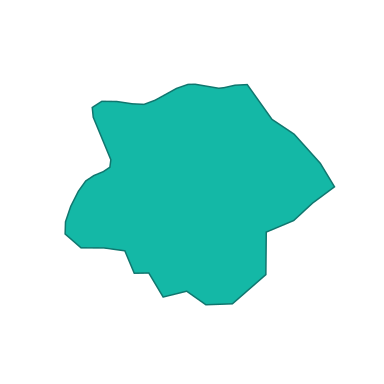 the border of Zombo, rotated 67°
{"feature_id": "UGA-5589", "entity_name": "Zombo", "entity_type": "District", "adm_level": 1, "iso_a3": "UGA", "parent_name": "Uganda", "parent_adm1": "", "projection": "albers", "projection_center": [30.853, 2.535], "detail": "fine", "context": "isolated", "style": "filled", "palette": "teal", "viewbox_px": 384, "rotation_deg": 67, "n_neighbors": 0, "source": "natural_earth", "source_scale": "10m", "svg_char_len": 658}
<svg xmlns="http://www.w3.org/2000/svg" viewBox="0 0 384 384"><g transform="rotate(67 192 192)"><path d="M181.1,325.2L170.0,320.1L157.8,309.2L146.9,296.3L140.3,285.5L138.5,275.9L138.6,265.9L137.1,257.9L130.6,254.1L84.6,253.7L75.2,250.8L73.3,239.6L79.3,225.9L87.5,212.5L92.6,201.9L93.1,190.2L90.6,165.8L91.4,153.6L94.1,146.9L107.0,126.8L108.5,121.7L109.0,119.0L110.5,110.7L114.7,99.2L156.4,90.0L178.7,75.4L215.7,62.7L242.9,58.8L249.3,85.3L258.0,109.5L257.9,139.3L296.9,156.3L310.7,198.5L301.2,223.3L281.2,235.7L277.4,259.6L249.7,263.4L244.2,276.9L219.9,276.8L209.1,294.9L200.0,316.0L181.1,325.2Z" fill="#14b8a6" stroke="#0f766e" stroke-width="1.5"/></g></svg>